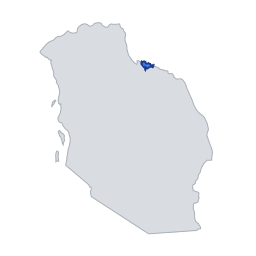 Ileje, Mbeya, United Republic of Tanzania shown in context, rotated 176°
{"feature_id": "72390352B17520994539919", "entity_name": "Ileje", "entity_type": "district", "adm_level": 2, "iso_a3": "TZA", "parent_name": "United Republic of Tanzania", "parent_adm1": "Mbeya", "projection": "equal_earth", "projection_center": [33.35, -9.39], "detail": "fine", "context": "in_parent", "style": "filled", "palette": "blue", "viewbox_px": 256, "rotation_deg": 176, "n_neighbors": 0, "source": "geoboundaries", "source_scale": "gbopen_adm2", "svg_char_len": 6270}
<svg xmlns="http://www.w3.org/2000/svg" viewBox="0 0 256 256"><g transform="rotate(176 128 128)"><path d="M99.0,189.2L96.6,187.5L94.4,186.5L92.6,185.3L91.8,184.2L90.1,183.8L88.7,183.6L87.3,182.6L84.5,182.2L84.2,181.5L84.2,180.0L83.7,179.6L82.7,179.2L81.6,179.2L80.9,179.4L80.6,179.3L79.6,178.4L78.8,177.2L78.5,175.4L77.2,174.2L75.8,173.3L71.7,173.4L71.1,173.1L70.1,172.2L69.0,170.6L68.0,168.9L67.2,166.5L66.4,163.2L61.7,150.4L61.2,147.9L60.3,145.3L58.8,141.9L57.2,139.5L55.1,137.2L52.6,135.0L51.3,133.5L48.8,127.5L48.3,124.6L47.9,121.7L48.0,120.5L49.6,116.7L49.8,115.6L49.6,114.2L48.8,111.2L47.8,107.5L45.8,100.8L45.5,99.1L45.5,97.9L46.7,91.1L46.7,90.1L51.4,90.3L54.8,87.3L57.7,82.8L58.3,81.0L59.5,78.1L60.7,76.7L61.2,75.7L61.8,72.9L63.4,71.0L64.9,69.5L64.6,68.4L64.8,68.0L65.7,67.3L67.3,66.6L67.6,65.1L67.6,63.4L67.3,62.5L67.4,61.4L67.1,60.8L66.1,60.6L64.5,59.8L63.2,59.4L62.3,58.9L62.0,58.6L61.8,57.5L62.6,54.9L61.8,53.9L63.4,49.6L63.7,49.0L64.3,49.0L65.3,48.5L66.1,48.3L66.9,48.5L67.4,48.3L67.8,47.8L68.2,46.3L68.5,43.9L68.4,41.9L67.7,40.4L67.5,38.0L67.8,34.9L67.6,32.3L66.8,30.2L66.1,28.9L64.9,28.3L63.1,25.1L62.5,23.6L62.6,22.6L63.2,22.2L64.4,22.4L65.5,22.0L66.5,21.1L67.5,20.9L68.1,21.0L114.8,21.0L169.3,62.0L169.5,62.5L169.9,66.0L169.9,67.2L169.0,69.2L168.8,70.3L168.7,71.0L169.0,71.3L169.7,71.4L170.3,71.9L170.5,72.3L171.0,73.8L171.6,74.6L192.2,94.7L192.7,95.0L192.4,96.7L191.2,100.8L191.1,102.5L190.7,104.5L190.2,105.8L189.0,111.5L188.0,113.7L186.6,118.7L186.4,122.6L187.2,125.3L187.4,127.8L189.0,130.3L190.3,131.2L191.1,132.3L192.7,134.9L193.5,137.5L196.3,138.8L197.3,141.7L196.9,143.7L195.7,145.3L194.4,148.0L193.5,151.5L193.4,156.9L194.1,156.1L195.5,157.4L195.7,161.4L194.2,166.0L193.7,168.2L193.6,170.0L194.7,175.5L196.3,178.4L196.2,179.2L195.7,180.0L198.5,184.9L198.3,189.3L199.3,192.6L199.7,195.6L200.4,197.8L200.5,199.3L199.6,201.0L201.7,201.5L202.9,202.9L203.4,204.2L204.9,204.1L205.7,205.1L206.9,205.8L209.4,208.1L210.1,209.2L210.5,210.3L203.4,217.4L200.9,219.2L199.1,220.0L197.1,220.5L195.3,221.6L193.5,223.4L191.3,224.2L188.6,224.2L185.7,225.5L181.2,229.1L178.6,227.1L176.6,226.5L174.3,226.5L172.8,226.8L172.3,227.2L171.9,228.5L171.5,230.5L169.9,232.5L167.2,234.3L164.7,235.0L162.4,234.6L160.9,233.8L160.1,232.7L158.9,232.2L157.3,232.3L155.8,233.0L154.4,234.5L152.1,235.1L149.0,235.0L147.3,234.2L147.1,233.0L145.7,231.6L143.2,230.0L141.3,229.9L140.1,231.5L139.0,232.5L138.0,232.9L137.2,232.9L135.9,232.5L132.4,232.3L129.1,232.4L128.8,230.1L128.1,228.7L127.5,227.9L126.4,227.7L126.1,227.1L125.7,225.7L125.1,224.4L124.4,223.4L123.9,222.5L123.8,221.7L123.9,220.7L124.6,218.4L124.8,216.8L124.8,215.2L124.4,213.5L123.6,211.5L123.7,210.9L123.4,209.5L123.4,208.6L123.6,207.4L123.4,205.8L122.7,202.5L122.7,201.6L122.0,200.0L119.8,196.2L119.7,195.7L116.3,191.8L114.9,191.0L114.4,191.7L114.2,192.4L114.4,193.6L114.3,194.2L114.2,194.5L113.3,194.5L112.8,194.3L111.5,193.3L110.5,193.0L108.0,193.2L107.1,193.5L106.4,193.2L105.1,191.5L103.5,191.1L102.1,191.0L99.8,189.0L99.0,189.2ZM196.7,124.7L197.8,128.9L197.6,129.7L196.8,130.2L196.4,130.3L195.9,129.6L195.6,128.1L195.0,128.5L193.9,126.8L192.9,126.7L192.0,124.6L192.4,122.8L192.2,119.8L193.3,118.2L193.9,115.6L194.6,117.4L194.8,120.2L195.7,123.5L196.7,124.7ZM202.3,99.3L202.3,100.3L202.1,101.2L202.1,104.3L202.0,106.3L201.2,109.1L200.5,110.0L199.9,109.8L199.4,109.3L199.0,108.5L199.8,103.4L199.4,99.7L201.0,100.1L202.3,99.3ZM199.7,160.7L198.9,161.0L198.6,160.7L198.1,159.9L199.0,159.2L199.8,157.8L201.7,155.8L202.6,154.2L202.5,155.7L201.4,159.2L200.5,159.4L199.7,160.7Z" fill="#d9dde1" stroke="#a8b0b8" stroke-width="1"/><path d="M110.1,190.4L110.1,190.2L109.9,190.1L109.7,190.1L109.4,190.1L109.4,189.9L109.4,189.7L109.3,189.4L109.2,189.3L109.2,189.1L109.0,188.8L108.9,188.7L108.7,188.4L108.5,188.2L108.4,188.0L108.3,187.9L108.2,187.8L108.1,187.7L107.9,187.5L107.7,187.4L107.8,187.3L107.6,187.2L107.5,187.3L107.4,187.2L107.2,186.8L107.1,186.6L107.0,186.2L106.9,186.0L106.9,185.9L107.0,185.8L107.0,185.7L107.1,185.4L106.9,185.1L106.8,184.8L106.8,184.7L106.8,184.4L106.7,184.2L106.6,184.4L106.6,184.5L106.6,184.8L106.6,185.0L106.5,185.4L106.6,185.7L106.6,185.9L106.6,186.1L106.6,186.3L106.6,186.5L106.6,186.8L106.6,187.0L106.5,187.4L106.5,187.5L106.4,187.7L106.4,187.8L106.3,187.7L106.2,187.6L105.9,187.6L105.9,187.4L105.8,187.2L105.7,187.1L105.8,186.9L105.7,186.8L105.5,186.7L105.4,186.7L105.4,186.8L105.3,186.7L105.2,186.7L105.2,186.4L105.1,186.5L105.0,186.3L105.0,185.9L104.9,185.9L104.7,185.8L104.4,185.8L104.2,185.9L104.1,186.0L103.9,186.1L103.7,186.3L103.6,186.6L103.5,186.9L103.3,187.0L103.2,187.0L102.9,187.0L102.7,187.0L102.4,187.0L102.2,186.9L101.9,187.2L101.7,187.2L101.5,187.3L101.4,187.4L101.4,187.5L101.1,187.9L101.1,188.0L100.9,188.0L100.8,187.8L100.8,187.7L100.7,187.6L100.5,187.4L100.4,187.4L100.2,187.3L99.9,187.3L99.7,187.2L99.4,186.8L99.3,186.7L99.1,186.7L98.9,186.7L98.9,187.1L98.8,187.4L98.7,187.5L98.7,187.4L98.6,187.5L98.4,187.7L98.4,187.8L98.3,188.0L98.4,188.3L98.3,188.5L98.5,188.4L98.6,188.9L98.8,188.6L99.1,189.1L99.5,189.0L99.8,188.8L100.1,188.5L100.1,188.4L100.3,188.5L100.5,188.9L100.5,189.0L100.7,189.3L100.8,189.3L101.0,189.5L101.2,189.8L101.3,189.8L101.4,190.0L101.5,190.0L101.8,190.3L102.0,190.4L101.9,190.5L102.0,190.5L102.2,190.8L102.3,190.8L102.5,190.9L102.6,191.0L102.6,190.9L102.7,191.0L102.7,190.9L102.7,191.0L102.8,191.0L103.0,191.0L103.3,191.1L103.5,191.0L103.5,190.9L103.8,190.9L104.0,190.8L104.1,191.0L104.3,191.0L104.4,190.9L104.5,190.9L104.4,190.9L104.5,190.9L104.7,190.7L104.8,190.8L105.0,190.8L105.2,191.0L105.3,191.1L105.4,191.3L105.5,191.4L105.5,191.5L105.8,191.6L105.9,191.8L106.0,191.7L106.0,191.8L106.1,192.0L106.3,192.2L106.5,192.6L106.4,192.6L106.5,192.8L106.4,192.9L106.5,192.9L106.5,193.0L106.7,193.3L106.8,193.3L107.0,193.4L107.3,193.5L107.5,193.4L107.6,193.5L107.8,193.5L107.9,193.4L107.9,193.5L107.9,193.4L108.1,193.3L108.2,193.2L108.3,193.0L108.3,192.8L108.5,192.8L108.8,192.7L109.0,192.6L109.0,192.8L109.3,193.0L109.5,193.1L109.8,193.1L110.0,193.2L110.0,193.3L110.1,193.2L110.1,192.8L110.1,192.4L110.1,192.0L110.3,191.9L110.3,191.7L110.3,191.8L110.3,191.7L110.2,191.6L110.3,191.5L110.2,191.4L110.3,191.4L110.2,191.4L110.3,191.3L110.3,191.2L110.2,191.0L110.2,190.8L110.1,190.5L110.1,190.4Z" fill="#3b82f6" stroke="#1e3a8a" stroke-width="1.5"/></g></svg>